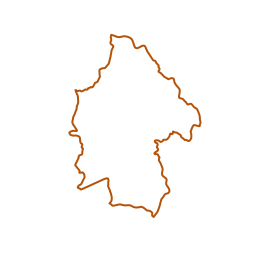 the Prefecture of Ouaka, rotated 335°
{"feature_id": "CAF-809", "entity_name": "Ouaka", "entity_type": "Prefecture", "adm_level": 1, "iso_a3": "CAF", "parent_name": "Central African Republic", "parent_adm1": "", "projection": "mercator", "projection_center": [20.78, 6.114], "detail": "fine", "context": "isolated", "style": "outline", "palette": "amber", "viewbox_px": 256, "rotation_deg": 335, "n_neighbors": 0, "source": "natural_earth", "source_scale": "10m", "svg_char_len": 5706}
<svg xmlns="http://www.w3.org/2000/svg" viewBox="0 0 256 256"><g transform="rotate(335 128 128)"><path d="M113.7,219.4L113.5,219.1L112.9,217.9L113.2,216.8L113.8,215.8L114.1,215.0L113.7,213.8L112.8,212.5L111.7,211.5L110.7,211.0L110.2,210.6L109.0,207.9L107.9,206.1L107.0,205.2L106.1,204.8L104.9,204.6L102.2,203.7L101.2,203.2L100.0,202.3L97.4,199.1L96.4,198.4L92.6,196.9L90.8,195.7L89.4,194.5L87.9,193.6L82.8,192.5L81.4,192.0L80.8,191.2L80.5,190.3L79.5,188.6L80.8,187.8L81.3,187.6L82.1,187.1L82.8,186.2L83.8,184.5L84.8,180.5L84.9,178.8L85.0,178.0L85.2,177.0L85.3,173.3L85.5,172.2L85.7,171.6L86.3,170.8L87.0,169.0L87.3,168.6L87.8,168.0L88.1,167.6L88.3,167.0L88.4,166.3L88.5,165.4L87.5,164.6L84.6,164.2L60.3,164.0L59.2,163.7L58.7,162.5L58.3,162.1L58.0,161.7L57.6,161.4L57.4,161.0L57.4,160.6L57.9,160.0L58.4,159.6L59.0,159.4L61.7,159.1L62.4,158.7L67.7,154.4L68.3,153.3L68.6,152.1L68.6,150.3L68.3,149.5L67.9,149.0L65.6,148.3L65.3,148.2L65.2,148.0L65.1,147.7L65.2,147.4L65.9,146.7L66.0,146.5L66.0,146.1L65.9,145.4L64.6,140.2L64.5,139.4L65.4,138.4L70.2,134.6L70.9,133.7L71.1,133.1L71.3,132.9L71.5,132.8L71.7,132.6L72.0,132.5L72.4,132.3L72.7,132.3L73.1,132.3L73.4,132.3L74.4,132.5L74.9,132.5L75.3,132.3L75.6,132.0L76.4,130.6L77.1,129.5L77.6,128.7L77.9,128.3L78.2,128.1L78.4,127.8L78.5,127.4L77.9,126.4L77.9,125.9L78.2,125.2L79.3,124.1L79.6,123.6L79.6,123.1L78.9,122.0L78.8,121.3L79.0,120.1L80.0,117.3L80.3,116.1L80.0,115.1L79.2,113.9L77.9,113.0L77.1,112.5L75.2,111.8L74.7,111.5L74.1,111.0L73.6,110.5L73.2,110.1L72.9,109.6L72.7,109.1L72.7,108.7L73.0,107.3L74.7,107.0L77.0,107.3L78.1,107.8L79.6,108.8L80.1,108.9L80.5,108.9L80.7,108.4L80.7,107.7L79.7,101.3L79.8,99.8L80.3,98.7L83.1,94.9L83.8,94.3L85.6,92.8L88.3,90.1L88.9,89.6L89.4,89.1L89.9,88.4L90.4,87.2L91.2,86.3L92.7,85.0L93.5,84.1L94.1,82.9L95.7,78.8L96.1,76.9L96.1,73.7L96.5,71.6L96.8,71.7L96.9,71.9L96.9,72.2L97.0,72.6L97.2,72.9L98.3,73.3L99.4,73.5L100.4,73.9L100.8,74.6L101.4,75.2L102.7,75.3L104.1,75.2L105.0,75.2L105.5,75.0L106.8,75.8L107.6,76.0L107.9,75.8L108.3,75.4L108.9,75.1L109.5,75.4L109.8,75.3L111.7,75.2L112.0,75.4L112.1,75.7L112.3,75.9L112.7,76.0L113.1,76.0L114.1,75.6L115.5,74.5L116.9,73.4L117.4,73.1L117.8,73.1L119.0,73.4L120.3,72.9L123.8,70.0L124.4,69.2L124.6,68.3L126.2,64.2L126.9,63.3L127.5,63.0L129.6,63.0L130.1,63.1L131.4,63.6L132.1,63.8L132.8,63.8L133.0,63.8L133.2,63.7L133.7,63.4L137.7,61.6L138.3,60.8L138.7,60.5L141.1,57.4L142.0,56.4L145.9,50.8L146.6,50.1L148.7,48.4L148.9,48.3L149.1,48.0L149.2,47.5L149.2,47.0L149.0,46.5L148.1,45.0L148.0,44.5L148.0,43.6L148.3,42.9L149.0,42.2L149.5,41.8L149.9,41.3L150.2,40.8L150.6,39.0L150.9,38.2L151.1,37.7L152.3,36.6L154.7,38.7L156.3,40.5L157.6,41.5L158.8,42.1L162.8,43.0L164.1,43.6L165.5,44.6L166.8,45.8L167.7,46.8L168.2,47.6L168.7,48.5L168.8,49.0L169.0,49.8L169.0,50.8L168.4,56.9L168.4,57.7L168.9,58.7L169.5,59.3L170.3,59.6L173.4,59.7L173.9,59.7L174.4,59.5L175.1,59.5L175.9,59.6L177.2,60.1L177.8,60.7L178.0,61.5L177.9,67.0L179.4,77.0L179.7,77.6L180.8,78.4L181.1,78.9L181.2,81.1L182.1,84.0L182.1,84.5L181.9,84.8L181.7,85.1L181.5,85.4L181.4,85.7L181.4,86.0L181.6,86.7L181.6,87.2L181.6,87.7L181.5,88.0L181.2,88.3L180.0,89.1L179.7,89.4L179.6,89.7L179.6,90.3L179.9,90.7L180.3,91.2L180.8,91.8L182.4,96.6L182.9,97.5L183.4,98.2L183.8,98.7L184.3,99.3L184.7,100.2L185.0,100.6L185.3,100.9L185.8,100.9L187.6,101.0L188.3,101.1L189.0,101.4L189.8,102.2L190.1,102.7L190.2,103.4L190.1,103.9L189.5,105.8L189.4,106.3L189.7,109.3L191.0,113.9L191.0,115.1L190.6,116.2L190.0,117.3L187.7,120.7L187.3,121.5L187.3,122.3L187.6,122.9L189.1,124.0L190.0,125.0L190.3,125.9L190.8,127.8L191.3,128.7L191.5,129.6L191.8,131.4L192.2,132.0L192.9,132.2L193.8,132.2L194.7,132.4L195.4,132.8L195.8,133.5L196.7,136.9L197.2,137.8L198.5,139.8L198.6,140.8L198.4,145.4L197.7,148.5L196.7,150.8L196.3,153.0L196.1,153.6L195.6,154.2L194.5,155.4L193.8,156.5L193.4,156.5L192.7,156.1L190.5,154.2L189.6,153.6L188.9,153.3L188.3,153.4L187.7,153.7L185.7,155.3L183.2,157.8L182.7,160.6L181.0,164.0L179.2,165.2L178.4,165.4L177.8,165.5L177.3,165.4L176.9,165.1L176.0,163.6L175.8,163.4L174.4,162.8L173.9,161.7L173.7,161.1L172.6,159.1L172.4,158.7L172.4,158.3L172.6,158.0L172.7,157.6L172.7,157.0L172.5,156.4L172.3,155.9L171.4,154.8L170.8,153.6L170.2,152.8L169.7,152.4L168.9,152.0L168.4,151.6L167.6,150.5L167.4,150.3L167.1,150.4L167.0,150.6L166.6,151.4L166.3,151.8L166.0,152.1L165.5,152.2L165.2,152.1L164.4,151.3L164.1,151.1L163.8,151.1L163.5,151.4L163.2,151.7L162.0,153.1L161.6,153.4L159.5,154.5L158.9,154.7L158.1,154.8L157.4,154.7L155.6,153.8L155.1,153.7L154.8,153.8L154.6,153.9L154.3,154.2L154.1,154.4L153.7,154.5L153.1,154.6L152.2,154.6L151.8,154.5L151.4,154.1L150.6,152.6L150.1,152.1L149.6,151.7L148.7,151.2L148.2,151.0L147.7,150.9L147.3,150.9L146.9,151.0L146.7,151.3L146.6,151.7L146.6,152.2L146.8,152.7L147.0,153.1L147.6,153.8L147.9,154.1L148.0,154.4L148.0,154.8L148.0,155.2L147.8,155.7L147.5,156.0L146.3,157.2L146.1,157.5L146.0,158.1L146.3,159.5L146.3,160.0L146.2,160.3L146.0,160.6L145.6,160.9L145.2,161.1L142.3,161.6L141.7,161.9L141.3,162.1L141.3,162.4L141.3,162.7L141.5,163.0L141.9,163.3L142.0,163.4L142.9,163.8L143.3,164.0L143.5,164.2L143.7,164.5L143.8,164.8L143.8,166.0L143.8,166.5L144.1,167.7L144.1,168.0L143.9,168.2L143.0,169.1L142.6,169.7L142.3,170.5L142.6,174.1L142.3,178.8L142.0,179.9L141.5,180.9L140.1,182.7L139.7,183.5L139.3,184.3L139.2,185.1L139.3,185.8L139.5,186.6L141.0,189.5L141.2,190.2L141.2,190.8L141.1,191.3L140.7,192.0L139.4,193.9L139.0,194.8L138.8,195.6L138.9,196.5L139.4,199.8L139.4,200.8L139.3,201.7L138.8,202.8L138.1,203.5L137.2,203.9L136.4,204.0L135.8,203.9L134.5,203.6L133.8,203.7L132.9,204.0L130.8,205.4L128.3,206.6L127.6,207.3L123.4,212.4L120.2,215.6L119.0,216.6L113.7,219.4Z" fill="none" stroke="#b45309" stroke-width="2"/></g></svg>